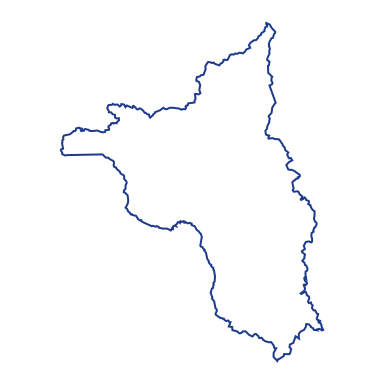 Pacaraima, Roraima, Brazil (Albers equal-area conic projection)
{"feature_id": "56859067B85330380756013", "entity_name": "Pacaraima", "entity_type": "district", "adm_level": 2, "iso_a3": "BRA", "parent_name": "Brazil", "parent_adm1": "Roraima", "projection": "albers", "projection_center": [-60.858, 4.166], "detail": "fine", "context": "isolated", "style": "outline", "palette": "blue", "viewbox_px": 384, "rotation_deg": 0, "n_neighbors": 0, "source": "geoboundaries", "source_scale": "gbopen_adm2", "svg_char_len": 6015}
<svg xmlns="http://www.w3.org/2000/svg" viewBox="0 0 384 384"><path d="M277.3,361.0L278.1,359.2L278.8,359.2L283.8,356.0L284.1,354.1L289.2,354.2L290.0,353.6L291.2,349.1L289.5,347.1L289.9,344.5L293.3,342.9L295.6,336.3L299.0,338.6L298.6,336.2L299.1,333.3L300.8,331.5L304.1,329.8L305.8,326.9L306.3,324.0L309.0,324.5L310.8,326.3L310.9,327.1L313.1,328.2L313.7,329.8L317.4,330.3L316.9,329.5L318.9,328.8L321.0,329.5L321.8,330.4L323.2,329.9L321.5,326.6L321.5,324.9L320.5,323.7L320.4,322.6L318.8,322.6L318.4,321.9L319.8,320.7L317.2,319.7L316.7,318.8L318.2,314.1L316.9,313.6L315.2,310.4L313.5,310.3L312.3,308.5L311.9,307.8L312.7,305.5L311.3,304.0L311.0,302.5L308.8,303.0L308.0,301.6L309.3,298.3L309.0,296.6L306.9,295.2L306.0,292.1L305.1,291.7L301.3,294.0L300.7,293.4L304.2,290.8L304.7,289.8L305.0,288.2L303.7,284.9L304.3,284.5L305.5,285.1L306.9,283.9L306.9,282.8L304.9,280.7L304.2,278.3L304.8,277.4L306.2,278.9L305.5,274.4L305.6,271.5L307.0,270.7L307.6,268.9L306.3,265.5L305.0,265.0L304.4,262.7L302.3,260.9L304.6,257.9L304.3,256.9L305.0,254.5L301.9,251.9L302.1,251.0L304.9,249.0L303.8,245.7L305.9,241.9L308.9,241.4L311.2,242.4L312.1,241.6L312.1,238.5L311.3,236.3L311.7,232.9L313.6,231.7L313.2,230.7L314.4,227.5L315.2,227.3L316.6,224.3L316.4,222.6L314.9,221.4L313.9,218.5L314.5,216.4L314.6,211.3L312.3,209.6L310.3,205.9L310.5,205.2L308.2,204.1L308.9,202.7L308.8,201.0L306.3,200.1L305.3,197.9L304.4,197.4L303.0,199.1L301.1,199.9L300.7,199.2L302.1,197.4L302.2,196.3L299.7,194.4L298.7,192.1L297.7,191.3L293.8,191.7L292.7,190.2L293.6,188.5L292.3,182.5L293.6,180.8L294.8,180.3L296.2,178.7L297.7,178.6L298.5,177.8L298.0,177.2L299.8,176.3L299.8,174.9L294.4,171.0L291.4,169.7L290.4,170.0L288.2,169.3L286.3,165.1L288.9,162.1L292.3,160.3L290.8,158.0L289.3,158.4L288.3,157.2L287.2,154.5L288.3,152.5L285.3,150.1L284.6,147.4L282.9,145.7L282.6,144.4L279.1,139.4L274.4,138.9L272.5,138.1L268.6,138.6L268.3,137.8L269.2,135.7L266.0,134.6L265.6,132.9L265.4,130.9L267.1,128.4L267.3,126.3L269.5,121.7L269.2,120.9L269.8,118.6L268.7,116.6L269.0,115.7L271.5,113.0L272.3,107.6L274.5,104.0L275.7,102.8L269.5,85.5L272.1,84.2L272.5,82.8L271.3,80.4L271.7,77.4L272.3,76.8L268.2,72.8L268.0,65.8L268.9,65.2L269.5,61.6L267.2,60.0L267.2,58.7L269.6,53.2L269.2,51.8L269.9,48.3L268.9,46.3L269.2,45.3L268.8,44.6L269.4,42.0L271.5,38.2L273.0,37.8L274.0,34.1L275.3,32.6L275.1,31.5L271.7,28.0L269.8,24.6L266.3,23.0L266.2,24.1L267.1,25.4L267.1,26.5L265.4,27.2L264.5,29.4L264.5,31.1L261.4,33.2L260.8,35.0L258.4,36.4L258.1,37.9L256.1,40.1L253.9,40.3L250.5,42.7L248.9,45.2L250.2,47.8L246.1,49.6L245.2,51.4L242.9,53.4L239.7,52.6L237.2,53.8L235.2,53.5L233.7,54.6L232.0,54.3L230.1,54.9L227.7,59.7L226.8,60.1L224.6,59.6L223.5,59.9L223.6,60.9L222.2,62.9L220.7,63.5L219.3,65.4L215.0,63.9L213.8,62.6L212.0,63.1L211.2,62.5L208.2,62.0L207.5,62.7L205.3,66.2L205.7,68.9L203.5,74.8L200.8,75.3L199.8,76.5L196.9,77.0L196.3,79.4L196.4,80.9L198.9,81.8L200.2,85.1L199.3,90.0L200.4,93.2L198.7,94.4L195.6,93.8L194.9,94.2L195.6,98.7L194.6,100.7L194.5,102.5L188.2,103.4L187.7,105.5L186.2,105.6L185.5,106.5L186.1,107.9L185.1,109.3L183.3,109.0L181.3,109.7L179.3,108.6L172.6,107.7L169.3,107.9L166.9,109.2L165.2,109.1L163.3,107.8L160.0,110.3L155.1,112.2L154.8,113.3L153.3,114.2L152.8,115.6L152.0,115.9L150.2,117.7L149.5,116.8L149.0,114.5L147.1,114.2L145.7,112.8L144.7,112.8L143.0,110.5L140.4,108.5L139.4,108.4L137.8,109.5L136.8,109.1L133.7,105.8L133.0,106.1L132.5,107.9L126.7,105.5L125.5,107.1L124.1,104.6L121.4,104.0L120.9,105.7L119.7,106.5L117.5,104.5L114.4,104.8L112.9,103.8L111.9,104.8L108.9,105.0L108.3,105.4L107.2,108.4L108.9,111.1L108.9,112.3L111.0,112.3L112.7,114.2L115.0,115.0L115.1,117.6L115.6,118.0L116.4,118.4L118.8,118.2L119.0,120.3L117.2,121.8L116.7,123.2L114.5,123.0L113.6,123.5L112.9,122.9L111.0,123.5L110.8,124.8L108.6,126.1L108.3,127.0L109.0,128.0L109.1,129.7L105.3,130.3L105.1,131.9L103.6,132.3L100.9,132.0L97.2,130.5L92.5,131.1L89.4,130.8L88.8,129.9L85.1,129.0L84.3,129.5L84.1,130.6L81.2,131.1L80.9,130.4L82.1,129.0L81.3,128.3L79.8,128.5L79.1,127.7L76.1,128.4L75.9,130.1L75.0,131.1L73.8,131.0L70.0,134.3L64.0,135.5L63.1,137.1L63.4,139.2L62.3,140.3L62.5,142.1L62.0,143.2L63.1,148.7L61.2,149.3L60.8,150.3L62.2,152.7L62.2,154.1L65.2,155.5L67.0,155.1L102.5,154.4L105.8,157.6L108.3,157.7L109.6,159.0L113.2,160.9L113.8,161.7L114.1,164.0L113.5,165.0L114.2,166.8L116.1,167.5L116.3,168.5L120.0,171.8L120.5,173.4L123.8,175.5L124.2,176.2L124.1,178.9L126.3,181.2L126.7,183.1L125.6,185.1L125.5,188.8L124.0,190.4L123.8,192.3L124.8,192.5L127.6,195.3L128.2,200.3L127.8,203.5L125.6,207.7L127.1,208.9L128.3,211.7L129.3,212.1L130.7,214.3L131.7,214.1L132.1,214.9L136.1,215.9L138.3,219.4L139.4,220.1L141.3,220.2L141.1,221.0L143.6,222.5L151.8,226.2L152.5,225.8L155.9,226.7L156.5,226.1L158.6,226.8L159.1,227.8L162.9,228.6L167.1,228.6L170.8,230.5L171.7,229.3L173.0,229.2L173.0,228.3L172.0,228.3L173.2,226.3L174.2,225.7L176.0,226.3L175.3,225.2L177.0,223.8L177.7,222.3L178.5,222.0L179.8,222.9L179.8,221.8L180.7,221.2L181.4,222.0L183.5,221.2L184.2,222.7L185.1,222.6L185.3,221.9L187.4,223.3L190.1,222.9L190.7,223.6L191.6,223.6L191.7,225.1L194.8,226.3L196.7,229.9L198.2,230.9L201.0,234.2L201.8,237.0L200.3,245.6L200.7,246.5L202.5,247.1L203.0,248.4L204.5,249.6L204.1,250.4L205.3,251.5L206.1,253.4L207.3,259.0L208.9,261.3L208.7,262.3L209.8,263.9L211.2,264.8L211.0,265.5L211.8,266.8L213.3,267.9L213.4,269.7L214.0,270.3L215.0,276.5L214.6,281.6L213.3,283.2L213.8,284.8L213.2,285.6L213.1,287.9L211.9,288.5L210.6,292.7L212.4,297.5L212.0,298.5L214.2,301.5L215.4,307.9L216.6,309.4L216.9,310.7L215.5,313.8L215.9,314.8L220.1,317.9L221.6,317.9L222.6,318.8L223.8,318.6L224.4,319.8L226.1,321.0L228.2,320.5L229.2,321.8L230.5,322.2L228.8,326.5L232.2,327.0L232.4,330.1L237.1,331.4L239.3,333.3L241.3,333.0L242.8,331.4L245.7,331.4L249.0,334.8L252.5,336.5L254.6,334.1L256.0,334.0L258.5,336.3L259.1,338.0L260.1,338.2L261.3,337.7L262.5,338.5L262.9,339.7L265.3,341.2L268.9,342.3L271.2,342.1L273.8,345.7L274.5,348.2L276.2,348.3L273.7,352.6L273.5,355.9L273.6,356.9L277.3,361.0Z" fill="none" stroke="#1e3a8a" stroke-width="2"/></svg>